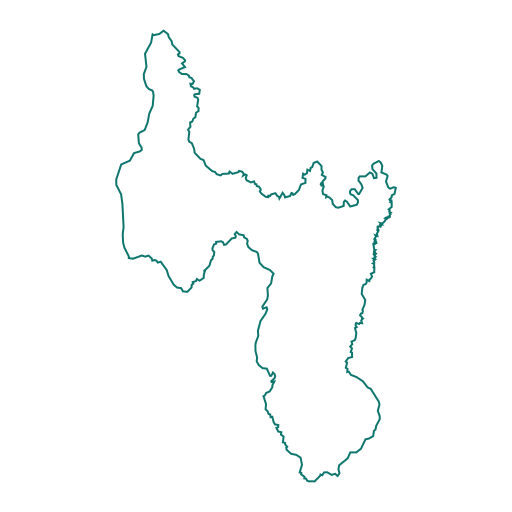 Buenos Aires, Cauca, Colombia
{"feature_id": "7082276B47892047719845", "entity_name": "Buenos Aires", "entity_type": "district", "adm_level": 2, "iso_a3": "COL", "parent_name": "Colombia", "parent_adm1": "Cauca", "projection": "natural_earth1", "projection_center": [-76.681, 3.052], "detail": "fine", "context": "isolated", "style": "outline", "palette": "teal", "viewbox_px": 512, "rotation_deg": 0, "n_neighbors": 0, "source": "geoboundaries", "source_scale": "gbopen_adm2", "svg_char_len": 6078}
<svg xmlns="http://www.w3.org/2000/svg" viewBox="0 0 512 512"><path d="M394.5,193.9L395.8,187.9L393.8,187.2L390.1,188.7L388.4,187.5L386.0,181.6L387.6,175.9L386.6,174.6L381.4,172.4L382.3,165.8L380.6,162.4L378.8,161.0L373.4,163.8L372.1,165.6L372.4,169.0L376.4,173.5L376.5,177.8L374.0,178.2L372.4,173.8L369.9,172.5L365.3,176.4L359.8,176.4L358.6,177.9L358.5,180.6L361.3,184.2L362.6,187.9L359.1,194.0L358.3,194.1L354.7,189.2L351.7,189.2L350.4,190.5L349.9,192.2L350.5,194.2L353.2,195.3L357.9,200.1L358.0,202.3L356.7,204.8L350.2,206.5L347.0,201.8L345.1,200.5L343.9,201.8L343.6,206.0L338.3,207.7L335.8,207.2L332.7,203.9L332.2,200.1L329.4,197.5L327.4,196.6L326.1,197.3L326.4,195.2L323.1,194.2L322.4,190.6L323.8,186.3L323.0,185.4L321.6,185.7L320.7,184.2L321.3,183.1L322.9,184.0L322.6,181.4L325.3,178.6L325.6,177.0L321.8,174.9L322.9,172.3L321.5,169.7L321.5,166.0L317.2,161.5L313.7,162.9L312.2,167.1L310.7,167.9L310.0,170.9L307.4,169.7L307.0,173.1L304.7,174.7L303.1,173.7L302.5,177.8L305.5,178.9L305.4,182.9L301.0,184.4L298.9,190.0L294.8,194.2L293.2,194.9L292.5,193.3L291.5,193.0L290.1,196.0L285.0,197.4L284.4,195.1L282.6,192.8L279.4,198.5L278.9,196.8L277.2,195.9L275.4,193.2L271.1,194.4L270.1,196.0L268.3,195.7L268.3,197.2L265.7,196.8L261.3,193.5L259.8,191.4L260.8,189.9L260.5,188.8L259.0,186.7L256.7,186.0L256.4,184.3L255.0,184.0L254.0,181.4L250.9,182.4L246.6,180.2L245.7,178.2L246.7,175.2L245.2,174.4L243.2,175.6L243.8,174.0L242.2,171.7L239.1,170.9L238.5,172.1L232.6,173.8L229.5,171.6L228.8,173.6L222.5,173.9L220.6,175.4L216.7,174.2L215.0,171.9L212.3,171.2L205.7,165.6L203.6,160.1L200.4,158.8L194.7,152.8L194.1,148.8L191.9,143.3L189.2,141.6L188.4,139.4L189.3,131.9L188.0,129.7L190.4,126.9L190.1,122.5L192.2,121.6L193.5,118.5L195.4,117.2L196.0,112.8L198.5,111.1L198.6,108.0L197.1,106.4L198.2,99.5L197.4,97.8L194.6,96.7L194.2,95.0L195.0,94.2L199.2,93.8L199.8,89.8L197.1,88.3L194.0,88.8L193.4,87.5L190.9,86.2L190.5,83.7L192.5,84.0L194.0,81.3L191.4,77.9L189.3,77.3L188.9,75.7L186.6,74.1L181.9,74.0L179.0,71.9L178.3,70.3L179.1,69.5L185.0,67.1L182.0,63.4L184.9,61.4L185.1,60.3L183.0,57.9L178.5,56.1L177.9,54.4L179.5,53.4L179.6,52.2L172.3,44.5L171.7,41.3L168.7,37.1L168.0,34.1L163.6,30.7L159.3,34.0L153.8,35.1L152.6,34.4L151.1,42.6L145.0,53.8L146.5,66.8L143.8,74.1L144.0,79.0L146.4,86.3L148.8,89.0L152.1,90.4L153.1,91.8L153.6,95.8L152.7,105.8L149.2,113.8L147.7,122.2L144.7,130.0L139.5,132.7L138.2,134.4L138.9,143.2L141.6,147.7L141.8,149.8L139.9,151.4L134.0,153.1L129.9,160.6L121.2,164.5L116.2,179.6L116.3,184.9L121.1,194.3L122.4,203.8L123.6,227.2L122.7,234.2L123.1,242.6L124.4,247.6L128.8,256.4L128.8,258.1L133.1,258.7L141.8,255.5L145.2,256.6L148.5,255.6L151.7,258.4L152.3,260.7L154.6,260.0L156.6,260.8L157.8,262.6L160.7,261.7L166.7,270.0L168.5,275.9L173.7,284.7L177.1,287.6L181.1,288.1L183.0,291.4L187.4,291.8L191.6,287.4L191.7,284.8L193.3,283.7L192.7,282.1L196.0,281.1L196.9,279.0L199.5,280.7L203.7,277.9L203.9,274.1L204.9,271.2L204.3,270.8L209.4,265.8L211.0,260.2L212.5,259.0L212.8,256.7L213.9,255.5L214.3,252.1L212.6,250.2L212.4,248.4L214.0,244.5L216.2,243.6L216.1,241.9L221.2,241.3L223.0,242.3L224.1,244.9L226.1,244.4L231.7,238.5L235.4,237.7L235.8,236.0L234.7,234.1L236.6,232.0L239.0,234.3L243.7,235.3L244.1,237.3L246.7,238.8L247.7,240.6L247.1,243.8L248.4,247.1L251.9,250.2L256.7,251.9L258.0,253.6L259.5,262.7L263.5,267.1L270.0,270.1L273.6,273.7L272.3,276.4L271.1,283.4L267.4,288.1L267.9,295.4L267.2,299.4L262.3,306.7L263.0,308.7L266.6,307.3L267.3,309.1L265.6,313.6L260.5,321.0L257.9,330.9L258.3,335.9L255.7,342.8L255.4,345.5L255.5,351.1L257.1,357.4L256.7,361.4L258.8,365.1L262.6,368.2L266.8,368.6L270.0,375.8L271.3,375.8L272.9,372.5L274.7,374.3L275.2,376.3L274.5,378.3L271.3,381.1L271.6,382.1L274.3,381.5L272.4,385.2L272.3,387.3L269.7,391.4L266.1,393.0L264.9,395.4L263.5,396.2L266.0,404.0L265.6,409.3L267.6,411.3L268.6,414.0L270.2,414.4L270.6,417.2L272.3,416.8L273.7,422.3L275.0,424.4L278.3,425.0L278.2,427.1L276.4,427.9L278.3,431.6L281.3,432.2L280.9,434.6L283.6,436.5L282.9,442.3L285.0,442.9L285.3,444.6L287.2,446.8L286.2,447.7L286.6,449.7L291.1,453.8L296.4,454.9L300.6,457.7L302.0,464.8L299.7,472.4L301.3,472.8L301.1,474.3L304.5,476.8L304.3,478.4L306.2,478.7L307.1,480.6L308.6,481.3L314.7,481.3L320.2,475.7L320.5,474.5L322.3,475.2L324.1,472.4L327.3,472.3L331.6,474.9L335.1,473.8L337.6,476.0L339.5,473.2L338.4,469.2L339.2,465.2L347.7,458.3L350.3,452.4L356.3,452.4L361.0,448.7L365.5,439.3L368.8,438.6L373.2,436.1L373.9,431.0L375.5,429.5L376.2,425.8L379.7,419.3L379.7,416.0L377.8,410.9L379.5,404.6L378.7,401.5L370.7,388.8L367.7,387.5L362.9,381.3L356.4,377.0L350.9,374.9L348.8,371.7L347.2,372.0L347.5,368.9L345.8,367.8L347.1,362.7L345.7,361.5L348.2,358.1L352.1,357.0L352.0,352.6L350.7,352.0L352.0,348.4L350.2,346.6L352.3,344.2L351.5,341.6L354.7,340.2L355.6,338.3L356.3,333.1L355.0,328.0L356.7,327.1L355.6,325.3L355.8,323.6L356.3,323.0L359.2,324.0L360.1,322.9L362.1,323.2L361.2,320.5L362.9,318.6L362.0,318.4L361.8,317.0L360.1,315.4L360.8,313.6L362.3,313.2L362.9,310.9L362.4,309.8L364.5,304.8L365.3,300.1L361.7,294.0L362.3,288.0L363.5,284.8L365.7,284.1L366.6,282.6L366.7,279.7L369.3,281.1L369.5,279.6L371.1,278.3L372.0,276.4L370.9,273.7L374.2,272.3L374.4,267.6L373.6,267.3L374.3,265.8L374.0,263.9L373.0,263.4L374.3,262.7L373.6,260.7L374.6,260.0L373.4,258.8L375.0,258.8L374.3,257.9L375.7,256.8L374.5,255.8L375.6,254.2L373.7,254.2L374.0,252.1L374.9,252.2L374.2,251.3L375.4,250.1L374.3,250.0L373.5,244.8L374.6,244.1L373.6,243.6L374.5,242.6L376.3,242.9L376.1,241.4L374.7,240.9L375.9,238.9L374.7,239.7L374.3,239.1L376.0,236.6L375.3,235.2L377.4,235.9L376.9,233.6L378.2,231.5L377.3,230.2L378.5,229.9L377.6,228.2L378.0,227.0L376.8,226.5L379.1,226.6L379.6,225.6L380.6,226.6L381.3,225.4L379.9,225.3L380.2,224.2L381.8,224.4L380.6,223.2L382.2,223.6L384.6,221.4L386.2,218.6L385.2,218.2L386.2,217.5L387.0,218.6L388.0,216.9L388.8,217.6L390.0,216.8L389.5,215.6L390.4,214.4L389.8,213.6L390.9,212.7L389.2,211.7L389.7,210.2L388.7,209.4L391.7,206.9L391.7,202.9L390.6,202.3L391.6,201.7L391.4,200.4L389.9,200.4L389.4,199.5L391.6,197.3L391.8,195.3L394.5,193.9Z" fill="none" stroke="#0f766e" stroke-width="2"/></svg>